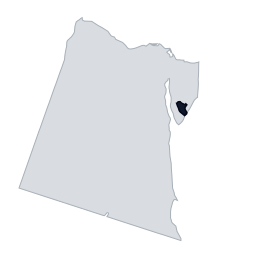 Sant Katrin, Janub Sina', Egypt shown in context, rotated 18°
{"feature_id": "37247803B38427943153509", "entity_name": "Sant Katrin", "entity_type": "district", "adm_level": 2, "iso_a3": "EGY", "parent_name": "Egypt", "parent_adm1": "Janub Sina'", "projection": "equal_earth", "projection_center": [34.29, 28.647], "detail": "fine", "context": "in_parent", "style": "filled", "palette": "ink", "viewbox_px": 256, "rotation_deg": 18, "n_neighbors": 0, "source": "geoboundaries", "source_scale": "gbopen_adm2", "svg_char_len": 3560}
<svg xmlns="http://www.w3.org/2000/svg" viewBox="0 0 256 256"><g transform="rotate(18 128 128)"><path d="M213.1,218.7L208.4,218.7L203.7,218.7L199.0,218.7L194.3,218.7L189.6,218.8L184.9,218.8L180.2,218.8L175.5,218.8L170.8,218.8L166.1,218.8L161.4,218.8L156.8,218.8L152.1,218.8L147.4,218.8L142.7,218.8L138.0,218.8L135.3,218.8L135.8,217.1L136.0,215.8L135.7,215.0L134.8,214.8L134.2,215.1L132.8,218.6L132.1,218.8L130.4,218.8L124.9,218.8L119.5,218.8L114.0,218.8L108.5,218.8L103.0,218.8L97.6,218.8L92.1,218.8L86.6,218.8L81.2,218.8L75.7,218.8L70.2,218.8L64.8,218.8L59.3,218.8L53.8,218.8L48.4,218.8L42.9,218.8L43.0,214.5L43.1,210.1L43.2,205.8L43.3,201.5L43.4,197.2L43.5,193.0L43.6,188.7L43.7,184.4L43.8,180.1L43.9,175.8L44.0,171.6L44.1,167.3L44.2,163.0L44.3,158.8L44.5,154.5L44.6,150.3L44.7,146.0L44.8,141.8L44.9,137.5L45.0,133.3L45.2,129.1L45.3,124.9L45.4,120.6L45.5,116.4L45.6,112.2L45.8,108.0L45.9,103.8L46.0,99.6L46.1,95.4L46.3,91.2L46.4,87.0L46.5,82.9L46.4,82.1L45.7,79.3L45.1,75.7L44.5,71.2L44.5,69.8L43.3,65.3L43.3,64.0L43.6,63.1L45.8,59.2L46.5,57.4L47.1,55.2L47.4,53.4L46.8,50.6L46.2,48.1L46.0,45.6L46.0,43.1L47.1,41.4L48.5,39.8L49.0,38.8L49.8,37.7L50.3,37.2L51.3,39.4L53.4,39.8L60.5,37.8L68.2,39.8L72.5,40.6L79.1,42.3L83.0,45.3L84.1,45.7L87.0,45.7L88.9,47.5L96.4,48.3L100.4,50.3L102.7,51.9L104.0,52.4L105.3,52.3L106.9,51.7L109.0,50.6L111.3,49.0L116.0,45.1L117.7,44.4L118.7,44.5L120.1,44.5L120.6,43.4L121.3,42.7L121.8,41.8L122.5,40.8L124.9,40.6L129.8,38.8L129.2,39.7L124.8,41.6L126.7,41.8L128.6,41.2L130.8,40.7L131.3,39.9L131.6,38.4L132.0,38.2L133.5,38.5L138.0,40.8L139.2,40.9L142.4,39.6L143.1,39.3L144.1,40.0L146.5,43.0L145.6,42.9L143.1,40.4L142.9,41.6L141.4,43.9L143.2,44.8L144.7,45.2L145.5,46.4L146.0,47.5L147.4,47.1L148.5,45.6L147.9,44.7L147.6,43.8L148.0,43.8L149.0,44.5L151.9,47.4L152.9,48.0L154.0,47.9L156.3,47.1L157.0,47.2L160.2,46.2L160.5,46.9L161.0,47.7L163.6,46.8L167.6,46.8L170.8,45.9L174.6,43.7L174.9,43.3L175.1,43.9L175.5,45.4L176.7,49.3L177.7,52.4L178.9,56.7L179.3,58.3L179.5,59.5L181.3,64.2L182.3,68.0L183.1,71.2L184.2,75.8L184.7,77.4L183.9,78.2L182.4,81.2L180.7,90.8L178.3,98.2L178.1,102.9L177.7,104.6L176.6,107.0L175.2,109.3L172.7,108.1L168.7,104.0L166.4,100.1L163.9,97.6L161.6,94.3L161.0,91.9L161.0,90.4L160.0,86.7L159.2,84.9L156.4,80.9L155.6,78.8L155.0,77.9L154.4,76.6L153.3,71.4L152.2,68.2L150.9,69.1L151.2,70.4L150.0,72.3L149.3,74.5L149.8,76.3L152.2,79.1L152.6,80.3L153.2,82.9L153.0,86.4L153.4,87.6L155.2,90.2L155.8,91.8L156.2,93.1L156.7,94.4L158.5,96.6L160.9,101.0L163.3,104.0L165.0,105.4L165.8,106.8L165.9,110.5L165.8,112.3L167.3,115.6L167.8,117.2L169.3,118.6L170.0,120.2L170.6,122.7L171.5,130.3L172.8,132.1L176.7,142.0L180.0,148.3L181.7,153.0L184.1,158.8L189.0,171.4L191.9,175.3L193.0,177.5L195.1,179.2L197.4,181.6L195.2,181.4L194.7,181.5L194.0,181.9L193.6,183.4L193.4,184.6L193.7,191.1L194.3,194.3L196.3,200.5L197.7,202.4L198.4,203.6L199.3,204.5L203.9,206.6L206.5,211.1L212.5,216.8L213.1,218.4L213.1,218.7Z" fill="#d9dde1" stroke="#a8b0b8" stroke-width="1"/><path d="M166.6,89.5L168.3,91.8L169.8,93.4L171.1,95.3L172.0,96.2L173.1,96.8L173.4,96.9L178.0,98.7L178.1,98.4L178.3,98.3L178.4,98.2L178.4,97.9L178.4,97.5L178.5,97.4L178.5,97.2L178.4,96.9L178.5,96.8L178.5,96.7L178.7,96.4L178.8,96.2L179.0,96.0L179.1,95.9L179.2,96.0L179.3,96.1L179.3,95.8L179.3,95.6L179.4,95.4L179.3,95.2L177.0,93.1L176.2,92.0L175.9,91.3L176.2,89.7L176.8,87.8L176.3,87.6L175.5,87.1L175.0,88.2L173.2,88.0L171.5,87.8L170.4,87.4L169.6,86.9L168.9,87.0L167.7,87.6L167.4,87.9L167.0,89.0L166.9,89.4L166.6,89.5Z" fill="#0f172a" stroke="#020617" stroke-width="1.5"/></g></svg>